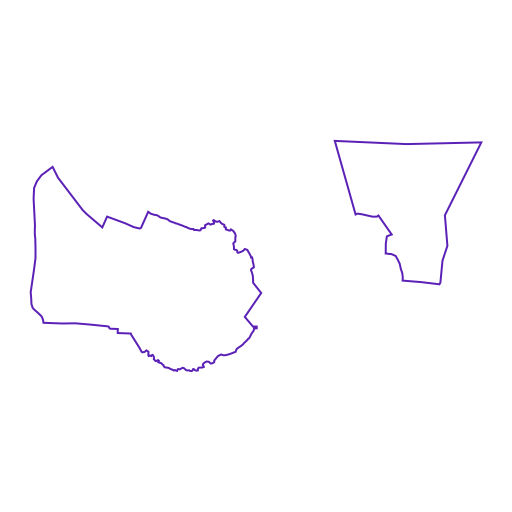 the district of Gombe, Gombe, Nigeria
{"feature_id": "59680162B83386112613514", "entity_name": "Gombe", "entity_type": "district", "adm_level": 2, "iso_a3": "NGA", "parent_name": "Nigeria", "parent_adm1": "Gombe", "projection": "orthographic", "projection_center": [11.179, 10.302], "detail": "fine", "context": "isolated", "style": "outline", "palette": "violet", "viewbox_px": 512, "rotation_deg": 0, "n_neighbors": 0, "source": "geoboundaries", "source_scale": "gbopen_adm2", "svg_char_len": 3472}
<svg xmlns="http://www.w3.org/2000/svg" viewBox="0 0 512 512"><path d="M261.2,293.0L253.2,282.9L252.8,275.6L252.4,274.4L252.1,273.0L251.0,270.1L251.3,269.0L253.9,267.3L253.5,264.5L252.8,261.8L252.5,259.0L252.1,257.4L251.1,257.5L251.1,256.9L249.8,254.2L247.3,249.9L246.2,249.5L244.8,249.0L243.3,250.7L241.2,251.8L238.7,252.7L238.0,252.8L237.4,252.4L237.2,251.0L236.6,250.0L235.1,249.8L234.0,249.2L233.9,246.3L233.6,245.0L233.3,243.4L234.2,242.3L235.3,241.5L235.3,239.1L235.4,237.5L235.7,235.7L235.0,233.4L233.3,231.0L230.9,229.4L230.2,230.5L229.2,230.6L227.6,229.9L225.8,229.4L225.9,227.5L224.4,226.9L224.3,224.8L222.0,223.8L221.1,223.1L219.5,221.1L217.3,221.8L215.9,221.5L213.7,220.1L213.1,220.5L214.1,222.7L213.9,223.7L212.0,224.0L210.6,224.6L209.6,224.0L208.4,223.4L206.7,224.4L205.3,225.0L205.0,225.9L205.2,227.4L204.7,227.9L202.7,228.2L201.4,228.3L200.8,229.8L199.9,230.5L196.2,230.0L194.1,230.0L193.4,229.0L191.8,229.1L190.0,228.7L188.5,228.2L187.6,227.8L186.8,227.3L186.2,227.0L185.3,226.9L184.7,226.6L182.2,225.5L180.6,225.0L179.4,224.5L178.2,224.1L177.3,223.7L175.4,223.3L174.9,222.9L173.5,222.4L173.2,222.4L170.3,221.3L169.5,220.9L168.7,220.2L167.7,219.4L166.3,218.9L165.5,218.6L163.4,218.1L160.8,217.6L159.8,217.1L158.7,216.2L157.5,215.5L156.1,215.0L154.6,214.9L152.7,214.3L150.8,213.7L148.2,211.8L141.0,227.9L139.6,228.5L133.7,227.1L125.5,223.4L107.1,216.6L102.3,227.4L92.7,219.2L86.6,214.0L82.6,210.0L58.0,177.7L52.6,166.9L41.5,175.1L36.9,181.3L34.1,187.9L33.6,198.9L35.0,226.0L34.8,229.8L34.8,233.9L35.3,239.1L35.5,248.5L35.5,258.2L33.8,271.1L30.7,292.1L31.3,299.9L31.4,303.9L32.6,307.7L33.9,309.3L39.1,313.9L41.6,316.4L43.0,319.7L43.5,322.8L62.3,323.5L75.3,323.3L91.6,324.7L108.1,326.4L108.7,326.7L109.5,328.3L110.3,328.7L117.8,329.0L117.7,333.0L119.0,333.1L130.8,333.5L131.3,334.9L134.1,339.3L135.8,342.0L139.2,347.4L141.6,351.8L142.4,352.3L144.2,352.0L145.2,351.5L145.9,350.7L146.4,350.4L147.0,350.8L147.7,351.2L148.5,351.8L148.3,355.2L148.7,356.0L149.9,355.5L151.2,356.1L152.0,355.1L152.6,354.9L153.5,356.0L154.1,357.8L153.8,359.2L155.7,361.1L156.6,360.9L158.0,360.1L158.9,360.8L158.3,362.2L159.3,362.6L161.5,363.3L162.4,364.5L163.4,365.1L163.9,366.4L164.7,367.3L166.3,367.5L168.0,367.8L168.9,368.0L170.4,369.0L172.3,369.6L173.8,370.5L174.9,370.0L176.3,370.7L177.1,370.9L177.8,369.2L178.7,369.1L180.0,369.3L182.5,367.8L183.6,368.0L184.7,368.8L186.1,370.1L187.0,370.4L188.1,370.4L189.0,370.3L189.8,370.8L191.8,371.1L192.7,370.2L193.1,369.1L193.9,369.1L194.7,369.9L195.5,370.5L196.8,370.6L197.9,370.4L197.9,368.8L198.3,368.2L199.0,367.6L200.0,367.6L202.4,367.5L203.8,367.0L203.7,366.3L202.8,365.0L203.1,363.9L204.4,362.7L206.6,361.5L208.9,361.8L210.7,363.5L212.4,363.3L214.2,362.2L214.3,360.5L217.9,356.1L221.1,354.5L223.2,355.2L225.6,355.2L229.7,354.1L235.6,351.8L236.6,349.1L238.5,347.6L240.8,346.1L243.1,344.3L244.1,343.0L246.7,340.6L248.2,338.8L249.0,338.4L249.7,337.3L251.0,334.6L252.5,332.2L253.4,331.1L253.9,329.8L254.0,328.5L256.7,328.3L256.7,326.5L252.9,326.5L252.5,326.0L244.8,316.9L261.2,293.0ZM334.8,140.9L355.6,214.5L357.5,213.6L362.0,214.3L372.7,216.7L376.8,216.7L378.4,215.5L391.7,234.5L387.1,236.2L386.8,236.7L385.8,243.6L385.8,245.0L385.7,253.5L386.7,253.5L388.6,253.9L391.5,254.1L394.0,255.2L395.7,256.0L397.6,259.4L399.7,263.7L400.9,269.2L402.2,272.8L402.8,277.5L402.6,280.6L421.1,282.1L439.4,284.3L440.4,282.5L442.5,260.6L447.4,245.8L444.9,215.3L481.3,142.4L406.5,144.1L334.8,140.9Z" fill="none" stroke="#5b21b6" stroke-width="2"/></svg>